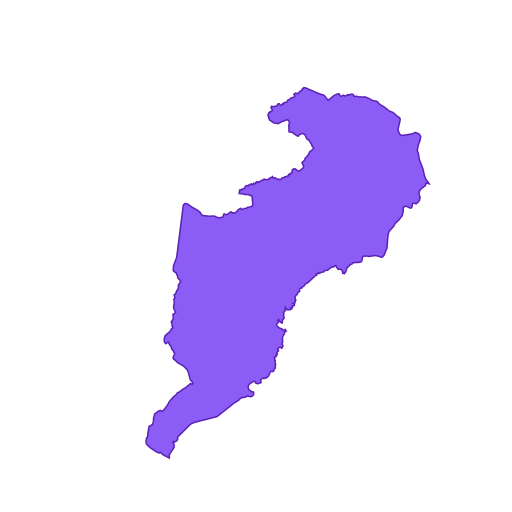 Momax, Zacatecas, Mexico (Natural Earth projection), rotated 321°
{"feature_id": "50627088B46165454846438", "entity_name": "Momax", "entity_type": "district", "adm_level": 2, "iso_a3": "MEX", "parent_name": "Mexico", "parent_adm1": "Zacatecas", "projection": "natural_earth1", "projection_center": [-103.248, 21.945], "detail": "fine", "context": "isolated", "style": "filled", "palette": "violet", "viewbox_px": 512, "rotation_deg": 321, "n_neighbors": 0, "source": "geoboundaries", "source_scale": "gbopen_adm2", "svg_char_len": 6138}
<svg xmlns="http://www.w3.org/2000/svg" viewBox="0 0 512 512"><g transform="rotate(321 256 256)"><path d="M135.4,260.7L132.5,262.6L131.2,264.3L130.6,266.0L130.7,267.4L133.7,267.6L132.9,271.0L133.0,272.9L131.9,275.5L132.1,278.0L131.6,278.7L131.7,280.0L131.3,280.7L127.5,282.8L127.1,284.7L127.6,286.0L127.9,289.3L130.4,296.0L130.9,301.2L130.1,303.9L127.0,310.9L127.2,313.1L126.8,315.5L125.4,315.6L124.9,313.9L118.3,314.0L115.4,313.5L110.3,313.4L109.2,312.8L106.6,313.5L103.0,313.5L96.7,314.7L93.6,316.1L87.1,317.7L85.4,317.7L84.6,315.9L82.4,315.1L79.0,315.0L77.8,315.1L74.5,317.4L71.7,320.4L69.5,321.8L65.7,321.1L59.6,326.4L58.6,328.0L56.6,328.5L53.8,330.7L52.4,333.5L53.2,338.9L55.6,346.2L56.9,348.3L58.2,348.5L58.4,351.3L61.4,358.4L63.9,355.7L71.9,353.2L73.8,350.8L74.1,348.4L75.1,348.3L75.2,349.2L77.6,349.7L79.6,349.4L81.1,347.4L99.3,345.5L103.3,346.5L124.7,356.3L146.0,356.5L151.4,357.2L154.9,356.8L159.2,359.1L161.0,359.3L163.5,362.2L165.2,362.6L167.1,362.1L168.5,360.3L168.1,359.5L167.4,359.2L166.3,355.0L167.8,352.4L169.9,351.4L174.6,351.6L176.3,353.1L176.4,353.6L175.8,354.6L177.0,356.5L177.5,356.4L179.8,357.5L180.8,357.1L181.4,355.4L182.3,355.0L184.8,355.4L185.0,356.3L186.7,356.4L187.0,357.2L190.1,357.2L194.0,355.3L195.3,355.3L196.7,356.6L197.3,356.6L198.7,355.5L200.4,355.3L201.1,354.7L201.4,353.7L202.9,352.9L203.8,350.7L205.3,349.3L205.6,347.5L206.1,347.3L206.8,346.1L207.9,346.9L208.5,346.7L209.1,345.8L210.3,346.1L211.0,345.4L211.2,344.0L213.7,344.0L214.3,343.2L213.9,342.2L214.8,341.5L216.9,342.0L217.8,342.7L217.9,343.9L218.6,343.7L220.4,342.8L220.9,340.7L222.3,339.9L225.6,335.6L229.1,334.4L230.2,333.0L232.2,333.5L232.5,331.4L230.4,330.8L230.1,330.0L230.3,328.9L228.9,326.9L228.3,323.9L228.6,322.4L229.9,321.6L230.9,321.8L232.0,321.5L232.4,321.1L232.5,319.6L233.7,319.6L233.3,320.8L233.7,324.2L234.3,324.5L236.3,322.5L239.0,321.9L239.3,320.6L242.3,317.1L243.7,317.1L246.4,314.5L246.1,317.3L248.6,319.2L249.1,319.3L249.9,318.6L249.9,319.4L250.3,319.6L250.5,319.1L252.1,319.0L252.4,318.0L252.8,317.8L254.6,318.6L255.6,317.6L255.1,316.2L256.4,316.9L257.5,316.5L258.0,315.4L259.1,315.5L260.0,313.0L260.7,312.4L262.5,311.6L263.3,311.9L266.1,310.7L267.7,310.9L269.4,308.8L270.6,309.0L271.4,309.8L272.0,309.3L275.0,309.5L276.6,308.7L279.6,309.4L289.5,308.7L291.4,309.0L291.4,308.0L291.9,308.1L293.9,308.5L293.6,308.9L294.2,309.4L296.6,309.8L298.4,310.9L300.7,310.8L302.7,312.1L307.8,312.2L309.6,313.4L311.0,313.1L312.0,313.6L311.4,315.8L311.8,317.4L311.5,318.2L313.4,319.5L313.8,320.4L313.5,322.6L312.5,323.8L313.5,325.4L315.3,325.0L318.9,322.6L324.0,322.1L325.5,322.6L327.4,322.4L332.2,325.9L334.6,326.8L338.5,323.7L339.5,323.8L342.1,325.8L343.6,327.6L348.6,330.4L350.7,332.7L352.6,335.8L353.4,336.4L356.2,335.9L362.9,332.2L371.1,323.5L374.1,321.1L376.1,320.3L381.6,319.6L384.6,318.3L389.2,318.0L395.0,316.7L398.3,314.1L400.7,311.4L401.9,310.9L404.0,311.6L405.6,315.2L406.7,316.4L408.6,315.8L409.8,314.2L411.0,313.9L411.8,314.2L413.2,316.1L413.5,315.8L415.3,316.3L418.3,315.5L420.6,313.5L421.6,310.3L424.4,308.1L427.1,307.7L431.9,307.9L434.2,306.3L436.0,308.8L436.4,302.9L437.7,299.1L440.7,293.0L443.6,284.0L446.9,278.1L447.6,275.6L451.8,272.0L457.1,268.8L459.2,266.7L459.6,264.0L457.7,260.3L454.3,259.4L446.4,254.9L444.7,253.5L444.4,252.2L444.6,250.6L445.9,247.1L453.2,241.4L454.2,240.3L454.6,239.2L454.5,238.4L453.8,236.4L452.8,230.7L450.8,227.2L449.3,220.4L447.8,216.7L447.3,213.6L447.6,212.7L446.8,211.2L444.7,208.9L442.3,203.4L440.4,200.4L439.3,200.1L437.4,198.1L435.8,197.0L434.9,195.3L432.9,193.9L432.7,193.2L433.1,192.4L433.0,191.4L432.5,190.5L430.2,189.5L429.4,189.6L429.0,188.3L426.3,188.1L424.9,185.9L422.8,185.5L422.1,184.3L422.7,182.3L421.5,181.4L417.9,180.4L410.0,180.4L410.1,174.0L406.7,168.7L400.2,156.3L399.1,155.2L398.0,155.7L397.6,155.2L395.9,155.9L392.8,155.8L390.9,156.3L389.2,154.2L387.2,154.2L386.9,155.8L386.1,156.6L382.3,155.2L380.4,155.5L379.0,154.8L376.8,155.8L374.5,154.6L372.5,154.5L372.7,155.1L371.7,155.0L370.0,154.5L369.9,152.3L369.1,151.7L366.4,152.4L363.4,150.8L362.2,149.4L361.0,150.1L360.6,152.8L359.7,153.3L358.9,153.3L358.5,152.8L357.1,152.8L357.1,153.3L355.8,152.9L354.3,153.8L353.5,154.6L353.5,155.7L352.5,157.2L352.1,159.4L352.5,159.9L353.5,163.6L356.5,167.1L360.8,167.9L366.5,169.9L366.2,173.2L364.0,174.8L359.8,180.3L361.9,182.7L363.5,188.4L364.2,189.5L365.6,189.1L367.6,189.3L369.6,190.3L370.3,192.6L369.2,197.0L370.0,199.6L369.4,204.0L368.7,206.2L368.8,208.3L367.9,208.9L363.4,208.8L359.6,210.5L355.5,211.0L355.4,211.5L354.3,212.0L350.4,212.4L349.4,216.6L348.0,217.2L343.1,217.3L341.8,215.6L341.5,213.2L339.9,211.8L339.3,212.3L338.4,211.9L336.5,213.8L334.3,213.4L333.9,213.9L332.6,213.2L331.8,214.3L330.5,213.4L328.9,213.2L328.3,212.5L326.9,212.7L326.2,212.0L324.8,211.6L323.7,212.1L322.6,211.9L322.0,210.4L321.4,210.4L320.6,209.3L320.3,207.4L318.9,206.9L318.7,204.7L318.0,205.2L317.1,204.3L314.6,204.1L314.2,204.4L311.6,203.0L310.8,201.3L309.1,201.6L308.6,200.9L304.6,200.5L304.5,199.8L303.7,199.8L303.2,198.7L302.1,198.8L301.5,199.5L300.5,199.1L300.2,198.1L298.2,198.5L297.9,197.0L296.4,196.6L295.3,196.9L295.0,196.3L294.1,196.6L293.1,195.3L291.7,195.2L288.9,196.2L287.5,195.2L285.8,195.6L285.6,194.8L284.9,194.4L282.2,196.8L285.6,200.3L286.2,201.5L288.8,203.4L289.3,205.0L290.8,206.7L285.5,214.5L284.2,214.7L281.9,214.1L279.8,212.7L278.8,213.1L276.8,211.7L274.4,211.3L274.2,209.4L273.9,209.2L270.7,208.8L269.6,209.3L267.1,209.3L265.8,208.9L265.7,208.1L264.7,207.7L264.3,205.8L259.9,205.6L259.0,205.2L257.7,203.2L257.0,203.3L255.8,204.3L254.4,204.7L251.7,203.4L249.8,201.1L249.1,199.3L248.2,198.2L244.9,195.8L239.8,190.8L240.0,186.3L239.2,183.2L236.7,177.0L235.6,172.6L233.7,170.4L231.5,170.7L193.4,207.2L185.8,211.6L182.6,215.1L182.4,216.2L183.3,218.8L182.3,222.4L181.4,223.8L181.6,226.9L181.1,228.8L177.7,229.5L177.3,230.5L176.4,230.6L175.8,232.1L172.2,233.3L169.5,234.9L168.0,234.6L167.1,236.2L167.0,237.2L164.8,238.0L163.8,240.1L159.6,244.0L158.4,247.2L158.3,249.1L156.3,249.4L154.6,249.1L154.1,250.3L151.8,253.0L148.6,253.9L147.7,256.6L146.5,257.8L146.3,259.4L145.1,259.7L144.2,259.4L142.3,260.5L135.4,260.7Z" fill="#8b5cf6" stroke="#5b21b6" stroke-width="1.5"/></g></svg>